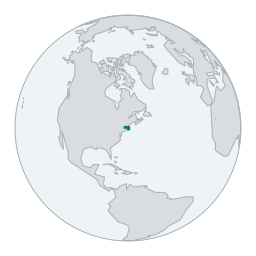 the Earth from above Massachusetts
{"feature_id": "USA-3513", "entity_name": "Massachusetts", "entity_type": "State", "adm_level": 1, "iso_a3": "USA", "parent_name": "United States of America", "parent_adm1": "", "projection": "orthographic", "projection_center": [-70.926, 42.063], "detail": "fine", "context": "on_globe", "style": "filled", "palette": "green", "viewbox_px": 256, "rotation_deg": 0, "n_neighbors": 0, "source": "natural_earth", "source_scale": "10m", "svg_char_len": 10479}
<svg xmlns="http://www.w3.org/2000/svg" viewBox="0 0 256 256"><circle cx="128" cy="128" r="113" fill="#eef3f6" stroke="#a8b0b8"/><path d="M122.8,240.5L123.7,240.5L121.6,240.4L125.4,240.1L123.1,240.2L123.8,238.6L127.1,236.5L129.4,227.3L127.0,225.0L118.3,221.9L107.9,210.8L110.7,206.4L108.4,203.8L115.9,197.2L113.9,190.0L111.3,188.7L108.7,191.2L99.8,185.5L96.7,179.2L70.4,162.1L67.9,157.9L68.3,152.6L61.7,130.2L63.5,149.4L60.5,144.5L58.6,137.0L60.2,136.3L59.7,126.0L57.3,120.7L59.0,108.1L67.4,95.4L67.9,98.6L69.8,95.4L69.4,91.3L68.7,89.5L74.9,75.0L74.8,63.7L71.0,62.4L74.8,61.1L65.1,60.5L62.6,57.0L67.7,59.7L70.0,59.0L69.4,55.9L71.7,54.5L72.7,52.3L75.4,51.1L78.2,53.1L80.0,52.4L79.5,50.3L82.0,47.9L82.4,51.1L86.7,47.4L92.1,50.6L91.1,61.2L96.4,62.8L101.4,73.7L103.2,72.0L106.2,75.4L109.5,74.8L109.5,77.2L112.1,74.7L111.5,72.6L112.4,70.8L114.2,70.3L114.6,73.3L113.7,73.9L114.8,74.6L114.1,76.3L115.5,75.2L115.7,79.0L118.2,74.6L120.7,77.1L120.0,79.8L116.5,80.3L106.3,88.6L104.6,92.0L105.7,96.0L115.3,101.7L114.9,105.2L117.0,109.5L118.9,107.1L117.9,102.9L121.9,99.7L120.3,95.2L121.7,93.3L121.5,88.7L125.4,88.7L129.3,91.3L129.7,95.3L131.4,96.6L134.2,92.5L137.9,99.7L145.6,104.5L146.2,106.6L141.6,111.1L133.7,111.8L127.8,118.7L135.5,113.7L136.8,119.5L138.6,120.3L140.8,119.8L141.9,117.4L143.1,119.4L135.9,124.8L134.7,123.1L137.0,121.3L133.2,121.8L128.4,126.0L129.4,128.8L121.0,132.9L121.6,135.0L120.2,137.3L119.7,133.5L120.3,140.6L110.6,147.7L111.3,159.7L106.4,150.0L102.1,148.4L96.8,147.8L96.8,149.8L89.9,146.9L83.5,149.5L80.8,158.2L83.0,165.8L90.7,167.8L93.2,164.5L98.9,164.7L94.5,174.1L104.5,177.1L103.4,184.1L106.2,188.0L111.3,187.6L116.5,189.6L120.3,185.8L126.4,183.7L126.5,189.3L129.9,184.1L133.3,186.8L145.4,185.7L144.5,187.1L154.7,192.2L165.7,192.8L168.3,195.9L166.9,198.5L170.8,198.2L170.8,199.6L185.9,196.8L193.4,197.0L193.1,201.5L186.6,209.1L180.2,219.9L168.4,226.1L165.1,229.5L155.4,234.8L148.2,235.8L150.0,236.7L145.8,238.0L141.1,238.6L140.1,239.2L136.6,239.5L138.8,239.7L133.0,240.4L134.3,240.5L122.8,240.5ZM21.9,107.4L22.7,105.3L22.4,107.7L21.9,107.4ZM23.1,103.3L22.9,104.2L23.1,103.3L23.1,103.3ZM23.2,102.2L23.2,103.0L23.1,102.3L23.2,102.2ZM23.2,101.0L23.2,101.6L23.2,101.0ZM110.6,163.6L122.0,169.7L115.4,170.1L116.7,169.1L113.8,166.7L108.4,164.2L102.6,164.7L110.6,163.6ZM23.5,98.6L23.6,98.0L23.8,98.3L23.5,98.6ZM115.9,157.6L113.9,157.0L115.9,157.1L115.9,157.6ZM68.0,88.9L69.2,91.4L68.7,95.7L67.5,93.7L68.0,88.9ZM69.2,81.2L70.4,81.8L68.0,84.9L68.1,83.6L69.2,81.2ZM67.8,61.9L68.3,63.6L67.0,62.5L67.8,61.9ZM72.4,52.3L71.5,52.3L72.4,51.2L72.4,52.3ZM119.3,89.1L120.4,88.9L119.9,89.9L119.3,89.1ZM118.3,87.3L116.9,88.5L116.2,87.9L117.1,87.1L118.3,87.3ZM77.4,48.4L79.1,46.7L77.8,48.7L77.4,48.4ZM120.0,86.0L115.1,86.5L113.9,85.4L116.1,81.7L120.0,86.0ZM80.4,46.0L84.6,42.2L83.0,41.8L89.8,41.1L84.0,44.4L82.7,46.8L82.1,45.6L80.4,46.0ZM110.5,72.1L111.2,74.3L108.9,73.0L110.5,72.1ZM108.7,71.7L100.2,70.6L100.0,67.3L102.9,68.2L101.3,64.5L105.4,63.4L107.2,65.2L106.5,67.5L108.6,65.4L108.7,71.7ZM92.9,41.4L94.3,40.9L93.3,41.9L92.9,41.4ZM112.6,70.0L110.9,70.0L110.6,67.1L114.0,66.6L113.0,67.7L112.6,70.0ZM98.9,64.1L99.3,62.0L102.7,60.5L103.3,59.5L105.5,63.1L98.9,64.1ZM114.0,68.1L115.7,66.5L117.5,67.4L114.2,69.8L114.0,68.1ZM109.1,66.6L109.1,65.2L110.2,65.8L109.1,66.6ZM124.9,70.3L122.9,70.2L122.6,68.6L124.9,70.3ZM116.2,65.8L115.6,65.5L115.2,64.9L116.7,64.1L116.2,65.8ZM107.8,61.9L109.1,61.8L107.1,60.3L109.5,59.3L110.6,61.9L111.2,60.4L111.9,60.0L111.9,62.6L107.8,61.9ZM117.1,61.6L119.2,64.8L123.1,65.3L123.5,66.6L117.2,65.7L117.1,61.6ZM114.0,61.9L116.0,62.0L115.5,63.5L113.8,64.5L114.0,61.9ZM110.9,57.7L106.8,58.6L106.7,58.0L110.9,57.7ZM118.3,61.4L117.8,60.6L118.7,61.2L118.3,61.4ZM113.3,58.4L111.9,58.8L111.8,58.1L113.3,58.4ZM117.9,58.8L118.6,59.8L117.5,60.5L117.9,58.8ZM115.9,58.4L116.1,57.4L116.7,60.1L115.2,58.7L115.9,58.4ZM113.5,57.7L113.0,57.4L114.1,57.7L113.5,57.7ZM121.7,56.0L122.6,59.3L120.2,60.6L119.6,57.2L121.7,56.0ZM211.5,52.4L213.4,54.6L213.8,55.0L220.5,63.7L226.3,73.0L223.8,70.8L222.4,69.0L222.3,68.9L222.1,68.7L224.4,72.1L223.1,71.3L227.4,75.3L229.0,78.1L232.2,85.3L235.0,92.7L237.2,100.3L238.8,108.0L240.0,115.8L240.6,123.7L240.6,131.5L240.1,139.4L239.0,147.2L238.8,143.1L239.0,135.7L238.3,134.8L237.4,138.9L236.3,138.0L235.4,140.0L228.0,155.9L224.1,156.4L215.3,150.4L215.5,143.4L212.5,138.0L210.8,105.0L213.8,102.2L216.3,87.2L217.2,86.2L220.5,91.0L225.3,85.8L222.5,79.9L223.3,74.0L221.4,68.6L214.4,60.3L217.4,69.1L214.3,67.7L209.0,58.0L205.9,51.0L204.6,50.2L203.6,52.5L199.8,49.0L202.9,53.3L203.9,53.0L205.9,55.7L205.0,56.3L203.7,54.9L203.8,56.8L210.0,63.1L211.7,63.5L213.8,70.4L216.8,71.7L218.5,74.7L214.0,73.6L212.1,71.9L206.2,73.6L208.4,75.9L214.1,74.7L213.7,76.0L216.7,79.6L214.1,77.9L207.3,79.1L207.1,86.1L212.2,100.0L211.0,104.2L207.6,106.1L200.4,97.2L203.9,88.9L201.4,86.0L196.1,85.2L197.6,82.8L195.9,81.6L196.8,78.6L193.5,72.4L193.7,69.3L188.1,65.3L187.5,63.2L191.0,66.1L193.5,66.6L193.5,59.5L192.3,57.7L188.6,55.8L189.1,54.2L185.5,53.3L183.4,49.0L183.0,53.6L178.8,51.9L175.1,48.6L173.6,49.0L179.6,54.4L182.0,55.9L184.2,55.7L190.7,60.9L191.7,63.8L184.6,61.8L185.1,65.8L179.3,62.8L166.9,49.5L163.9,45.0L168.0,39.9L171.2,41.5L171.3,43.9L175.2,42.7L173.0,42.3L173.4,41.1L169.4,39.5L169.5,38.7L165.5,38.8L165.1,37.6L167.7,37.5L161.4,34.5L159.5,32.0L158.1,31.8L157.1,32.3L155.3,29.0L154.3,29.0L154.5,30.1L152.7,30.8L148.7,30.9L148.4,29.8L149.7,29.6L152.0,27.6L155.7,27.5L155.2,27.0L151.9,26.9L149.1,29.3L146.8,29.7L147.7,28.3L147.2,28.9L145.9,28.8L144.3,27.6L143.2,29.1L130.0,30.3L125.6,28.5L127.8,27.0L118.2,27.5L114.0,26.0L114.2,26.9L109.7,28.1L110.9,28.6L110.7,29.1L99.7,33.1L96.9,33.3L92.4,36.6L92.5,37.1L94.3,37.1L89.8,41.1L83.0,41.8L83.1,40.5L78.8,42.0L79.7,39.0L78.4,37.5L82.0,33.7L80.7,33.0L79.1,33.7L76.2,33.5L75.6,31.1L83.0,29.8L85.3,34.0L84.9,31.9L87.1,31.5L88.2,30.2L87.8,28.9L86.5,29.3L96.3,23.8L99.4,20.6L94.2,22.3L91.1,22.8L90.1,22.0L92.6,21.1L100.4,18.8L108.3,17.1L116.4,16.0L124.5,15.4L132.6,15.5L140.7,16.1L148.8,17.3L156.7,19.1L164.5,21.4L172.1,24.3L179.5,27.8L186.5,31.8L193.3,36.2L199.8,41.2L205.9,46.6L211.5,52.4ZM215.3,118.4L216.3,120.3L215.3,118.4ZM205.2,47.0L201.6,43.1L198.7,41.5L197.1,40.0L196.7,40.1L198.5,41.4L196.9,41.6L193.8,38.9L191.9,38.2L193.0,39.5L199.1,44.4L201.4,44.0L204.2,46.4L205.2,47.0ZM145.8,185.6L147.2,186.5L145.3,186.7L145.8,185.6ZM114.4,172.5L116.9,172.8L118.1,173.8L116.3,174.0L114.4,172.5ZM135.1,172.8L137.9,173.2L135.0,173.9L135.1,172.8ZM123.8,170.4L132.9,172.8L127.1,174.6L121.4,173.2L125.4,172.7L123.8,170.4ZM114.7,161.3L116.2,161.8L115.7,163.0L114.7,161.3ZM117.3,157.7L116.7,157.7L116.0,156.7L117.3,157.7ZM137.2,119.1L137.8,118.8L140.0,118.8L139.0,119.8L137.2,119.1ZM150.0,113.1L151.7,116.5L149.7,114.7L148.6,116.6L143.1,115.5L146.2,107.7L145.7,111.3L150.0,113.1ZM136.5,112.2L139.7,113.6L136.1,112.4L136.5,112.2ZM185.6,78.7L187.3,78.2L189.2,80.3L188.9,84.9L186.2,81.9L185.6,78.7ZM189.4,77.0L182.4,74.1L182.3,71.4L183.6,73.3L184.2,71.8L186.4,74.6L193.1,75.1L195.1,77.0L193.5,84.1L192.9,80.6L191.2,81.3L189.4,77.0ZM164.8,73.9L161.8,73.2L165.5,68.0L167.9,69.3L167.8,73.8L164.8,75.0L164.8,73.9ZM124.8,79.6L123.4,80.2L123.3,79.3L124.4,78.1L124.8,79.6ZM124.0,70.4L130.8,76.6L129.5,77.4L135.0,80.4L133.8,83.9L130.3,81.8L133.5,86.8L129.9,86.4L132.4,89.6L124.7,84.6L121.6,84.6L125.5,83.2L126.7,80.0L126.2,78.6L122.7,74.7L116.5,73.3L116.7,70.1L118.4,68.2L119.9,68.0L119.3,70.1L121.8,68.4L122.1,71.3L124.0,70.4ZM138.9,51.2L137.6,53.1L142.6,51.3L142.9,53.7L143.5,53.4L145.1,55.2L148.1,56.9L147.7,58.0L149.1,58.2L150.2,59.5L151.9,60.2L151.8,62.6L153.9,63.6L152.6,64.2L156.2,65.4L153.5,65.6L154.7,67.5L156.7,66.3L152.2,78.8L152.4,84.2L154.0,88.9L149.1,88.9L144.5,84.7L140.7,78.9L141.3,73.8L139.0,74.9L138.6,72.8L140.5,72.8L137.2,71.6L137.4,69.9L134.0,65.5L129.1,65.0L127.8,63.5L129.8,62.8L127.0,61.8L129.9,59.6L129.0,58.6L130.9,55.5L135.3,55.1L133.9,53.9L135.3,51.7L138.9,51.2ZM122.4,55.2L127.6,53.8L130.3,54.6L125.8,59.7L126.3,61.0L123.5,64.6L119.6,63.4L120.8,62.5L121.0,61.3L122.1,62.1L121.3,60.6L122.9,59.3L122.7,57.9L124.5,57.8L122.4,55.2ZM216.0,83.1L216.3,82.0L216.3,79.9L218.2,82.3L216.0,83.1ZM211.5,84.0L211.5,82.6L214.1,84.7L213.8,86.0L211.5,84.0ZM209.2,80.2L211.3,82.4L210.0,82.0L209.2,80.2ZM190.7,64.9L190.4,63.5L191.2,63.7L192.4,65.0L190.7,64.9ZM153.7,47.2L152.5,47.9L151.9,47.5L148.0,47.8L147.4,46.1L149.6,45.3L153.7,47.2ZM216.2,62.9L218.0,65.6L217.7,65.8L217.2,64.8L216.2,62.9ZM219.2,74.3L219.6,72.4L219.7,74.9L219.2,74.3ZM152.4,45.4L150.9,45.7L151.6,44.7L152.4,45.4ZM146.8,44.9L147.2,43.7L146.9,45.9L146.8,44.9ZM145.5,33.2L151.5,34.5L155.5,34.8L157.1,33.6L157.4,36.0L151.3,35.6L145.5,33.2ZM131.9,30.7L130.5,32.0L129.4,31.3L129.6,30.9L131.9,30.7ZM132.3,31.6L133.8,33.5L131.9,34.2L131.1,32.5L132.3,31.6ZM143.4,38.9L145.2,39.4L144.6,40.1L143.4,38.9ZM84.9,23.9L85.2,23.9L80.4,26.0L79.2,26.5L80.6,25.8L84.9,23.9ZM83.9,24.6L86.2,23.6L91.7,23.0L91.7,23.4L85.0,24.6L86.8,23.9L86.3,23.8L83.9,24.6ZM93.8,40.4L94.2,40.9L93.0,40.9L93.8,40.4ZM111.5,29.3L110.9,30.1L109.6,30.0L111.5,29.3ZM108.7,32.2L110.6,31.7L108.7,32.7L108.7,32.2ZM115.0,30.8L111.5,31.8L114.6,30.2L115.0,30.8Z" fill="#d9dde1" stroke="#a8b0b8" stroke-width="1"/><path d="M127.6,128.8L127.6,128.7L127.4,128.6L127.4,128.4L127.3,128.1L126.7,128.1L125.6,128.0L125.3,128.0L125.2,128.0L124.3,128.0L124.2,127.9L124.6,126.6L124.9,126.6L125.0,126.6L127.4,126.7L127.5,126.7L127.8,126.5L127.9,126.4L128.0,126.4L128.2,126.5L128.3,126.8L128.2,126.8L128.3,126.8L128.5,126.8L128.4,126.9L128.3,127.0L128.2,127.0L128.0,127.3L128.0,127.2L127.9,127.3L128.0,127.4L127.9,127.4L127.9,127.5L128.0,127.6L127.9,127.6L128.0,127.6L128.3,127.7L128.3,127.8L128.4,128.0L128.5,128.1L128.4,128.1L128.5,128.1L128.4,128.0L128.5,128.2L128.6,128.3L128.6,128.5L128.8,128.6L129.0,128.6L128.9,128.6L129.0,128.7L129.3,128.6L129.3,128.4L129.3,128.2L129.3,128.3L129.2,128.1L129.3,128.0L129.4,128.4L129.5,128.4L129.4,128.4L129.4,128.5L129.5,128.5L129.4,128.8L129.4,128.7L129.2,128.8L128.9,128.8L128.7,128.8L128.7,129.0L128.4,129.1L128.4,128.8L128.4,128.7L128.3,128.8L128.2,128.8L128.0,129.0L127.9,129.0L127.7,129.0L127.7,128.9L127.6,128.8ZM128.5,129.2L128.5,129.3L128.4,129.4L128.2,129.5L128.1,129.4L128.3,129.4L128.3,129.2L128.5,129.2L128.5,129.2ZM129.3,129.3L129.4,129.5L129.2,129.6L129.3,129.5L129.3,129.4L129.3,129.5L129.3,129.4L129.3,129.3ZM128.2,129.1L128.3,129.1L128.2,129.2L128.2,129.1ZM128.6,129.3L128.7,129.2L128.7,129.3L128.6,129.3ZM129.4,128.8L129.4,129.0L129.4,128.8L129.4,128.8ZM128.1,129.2L128.1,129.3L128.0,129.2L128.1,129.2Z" fill="#22c55e" stroke="#15803d" stroke-width="1.5"/></svg>